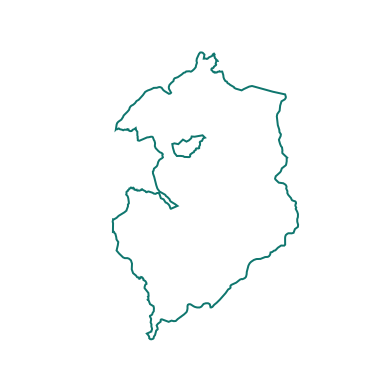 the district of Kambove, Katanga, Democratic Republic of the Congo, rotated 314°
{"feature_id": "63176286B84034630662614", "entity_name": "Kambove", "entity_type": "district", "adm_level": 2, "iso_a3": "COD", "parent_name": "Democratic Republic of the Congo", "parent_adm1": "Katanga", "projection": "albers", "projection_center": [26.544, -11.235], "detail": "fine", "context": "isolated", "style": "outline", "palette": "teal", "viewbox_px": 384, "rotation_deg": 314, "n_neighbors": 0, "source": "geoboundaries", "source_scale": "gbopen_adm2", "svg_char_len": 6055}
<svg xmlns="http://www.w3.org/2000/svg" viewBox="0 0 384 384"><g transform="rotate(314 192 192)"><path d="M269.4,103.0L264.7,102.0L261.7,100.5L260.3,100.7L258.9,101.6L256.0,101.3L253.4,101.4L251.5,102.3L250.9,102.9L250.2,103.8L248.9,108.0L247.9,108.0L246.6,107.2L245.5,102.1L245.4,100.3L245.9,97.7L245.2,96.0L244.1,95.1L242.5,94.3L240.4,92.2L237.2,91.1L234.2,89.6L231.5,88.8L227.6,89.4L221.3,89.6L218.9,88.9L216.4,89.3L214.0,89.1L211.8,88.4L210.6,88.4L209.5,88.6L207.5,89.6L205.0,89.8L200.2,89.7L199.2,89.8L198.1,90.3L195.0,90.9L191.3,90.2L189.6,90.3L188.2,90.9L184.1,93.8L184.4,93.8L185.5,94.8L186.4,94.9L186.9,95.2L187.0,96.4L188.3,98.6L188.6,99.6L189.9,100.1L191.5,101.9L192.3,101.8L192.9,102.8L192.3,103.5L192.8,105.2L193.9,106.2L195.5,106.1L197.4,106.9L198.9,107.1L197.7,108.8L197.4,110.8L194.8,113.3L193.9,114.8L193.1,115.2L192.5,116.2L191.6,117.0L191.6,117.5L192.4,118.6L200.1,121.8L201.4,122.9L203.3,124.1L204.0,124.9L204.2,125.8L202.9,128.5L202.7,129.5L201.5,131.5L199.2,133.4L198.3,135.4L198.1,139.3L198.3,141.5L199.0,143.0L198.9,144.7L198.3,144.8L197.6,145.4L196.7,147.0L195.6,147.0L193.3,146.4L192.1,146.3L190.0,146.9L187.6,148.3L186.8,148.6L185.9,148.8L182.4,148.4L180.5,149.6L179.6,149.6L178.2,151.1L176.6,154.3L172.0,161.7L170.4,164.8L169.8,168.3L171.3,174.3L171.3,175.3L171.0,176.1L171.3,177.9L171.2,181.0L170.5,182.1L170.4,183.4L171.5,188.2L171.9,191.2L165.3,188.5L165.2,188.0L166.6,185.1L166.8,183.3L166.6,181.3L166.1,180.3L167.0,176.7L165.9,173.9L167.6,170.7L168.1,169.5L168.0,168.7L167.1,167.6L165.4,167.1L164.4,165.8L164.0,164.0L162.2,160.4L161.1,159.7L160.4,159.6L160.0,158.9L160.2,158.0L159.4,155.4L159.3,154.1L158.5,153.8L158.1,154.1L157.5,153.8L156.3,153.1L156.0,152.4L155.3,152.1L154.7,150.8L155.1,150.5L154.0,149.5L153.7,148.9L154.3,147.8L154.2,146.8L153.4,146.9L153.1,146.5L153.1,145.6L152.8,145.0L151.9,145.1L151.1,144.5L150.2,144.9L149.0,144.7L148.2,145.1L147.4,144.8L146.4,144.9L145.5,145.9L144.4,146.5L144.4,147.9L144.1,149.0L143.1,150.7L140.8,153.6L139.9,154.5L138.5,154.6L137.2,155.9L133.7,157.4L133.1,157.8L130.4,157.5L123.9,155.8L121.0,155.7L117.9,154.8L117.6,154.2L115.5,155.6L114.7,156.9L108.4,162.8L109.1,163.2L109.1,163.7L108.6,164.7L108.7,165.9L107.0,168.7L105.4,170.7L104.8,173.7L102.2,175.6L97.5,178.4L97.1,182.2L97.1,187.9L97.8,189.7L99.6,191.5L100.3,193.1L100.4,195.6L98.8,198.6L94.5,202.4L92.7,206.0L93.0,209.8L92.6,211.7L92.7,212.1L93.6,213.1L92.9,214.2L93.2,214.6L94.6,214.7L95.5,214.4L95.9,215.1L96.0,215.7L95.6,216.9L95.8,217.1L95.4,218.0L95.0,218.3L95.5,220.3L95.1,222.0L94.3,223.1L93.3,222.8L92.4,223.0L90.7,223.9L89.9,224.7L89.1,230.7L87.0,233.1L86.1,233.0L85.6,234.2L84.7,235.0L83.8,234.8L83.6,235.2L84.0,235.9L82.2,239.7L83.1,243.7L82.0,245.3L79.7,247.3L77.3,247.8L76.3,248.4L75.5,248.4L73.8,247.8L73.3,248.1L72.3,250.8L69.4,252.9L68.7,254.7L67.1,256.1L66.0,258.1L65.1,258.9L64.0,259.1L63.4,259.7L58.8,257.9L58.6,260.4L57.9,262.1L57.1,262.8L57.1,264.1L57.7,265.0L58.9,265.8L60.0,266.0L61.6,265.0L63.4,264.8L67.5,262.5L69.3,262.7L70.2,261.8L71.5,259.2L73.5,259.0L76.9,259.5L78.3,258.3L78.9,258.3L79.5,258.8L82.4,265.4L85.2,266.6L86.5,268.7L87.9,269.9L90.8,270.0L98.3,271.3L101.7,271.5L103.3,270.9L105.1,269.7L106.8,268.0L108.0,267.4L109.0,267.7L109.9,268.5L110.3,269.4L110.9,272.5L111.4,274.0L112.5,275.9L114.2,277.7L116.1,278.4L119.5,278.1L121.5,279.2L123.1,280.8L123.6,282.4L123.2,283.5L121.9,285.5L122.3,286.0L123.5,286.5L126.2,286.3L129.5,286.7L133.8,286.8L142.7,286.4L147.0,285.7L148.7,286.2L149.9,286.2L151.1,284.9L152.5,284.8L157.6,286.8L162.4,287.4L163.8,288.1L164.3,288.8L165.6,289.4L166.9,289.8L168.0,289.8L168.6,289.7L170.7,288.5L172.6,286.9L178.3,283.7L180.8,283.0L182.9,283.0L186.1,283.7L188.5,284.9L191.4,287.7L196.0,289.8L198.0,291.6L199.4,292.0L201.2,291.7L203.1,290.5L204.6,291.4L206.6,291.7L208.0,292.5L211.6,292.5L215.4,293.3L217.5,295.6L218.8,295.6L223.6,290.9L224.8,290.0L226.2,289.4L228.2,289.6L229.3,290.0L231.6,292.5L233.2,293.4L236.8,291.8L240.5,292.4L241.4,291.7L242.2,291.0L243.7,288.4L245.6,286.5L247.5,285.6L249.7,283.6L250.9,281.4L251.9,278.3L253.1,277.9L253.9,275.9L255.2,274.9L255.9,274.9L256.8,273.9L257.0,272.9L255.6,269.9L255.7,269.0L256.4,267.5L256.8,263.2L257.4,261.4L258.9,260.0L259.9,257.4L261.5,256.3L262.0,255.3L262.2,254.1L261.7,251.6L259.0,247.9L259.0,243.2L259.4,242.4L261.5,241.3L267.4,241.7L268.9,241.4L271.4,240.2L276.4,240.9L277.5,240.4L280.0,238.7L282.0,236.7L282.8,236.7L282.7,230.1L283.6,229.0L284.5,228.4L286.6,225.8L286.8,224.2L287.8,221.9L289.4,219.1L290.0,218.2L293.8,216.9L295.3,215.8L295.8,213.4L297.5,211.4L299.7,207.3L305.3,200.5L307.3,199.2L311.3,198.6L315.4,195.4L319.4,193.4L323.0,194.4L324.4,194.2L325.5,193.6L326.9,191.2L320.3,180.5L310.1,161.8L309.6,161.3L307.5,159.9L302.1,157.8L299.6,157.1L296.8,151.8L296.3,150.2L296.6,149.2L295.5,144.8L295.5,143.5L295.0,142.0L295.6,140.4L295.0,139.0L295.6,136.6L296.4,135.0L297.9,133.2L299.6,130.1L298.0,128.5L297.9,127.8L297.2,127.7L296.2,126.9L295.1,126.8L294.5,125.8L293.9,125.7L293.8,124.8L293.4,124.8L293.1,123.3L293.4,122.2L293.3,121.1L294.1,120.5L294.7,120.4L295.9,121.1L296.7,121.1L297.3,120.7L299.8,121.1L300.1,120.7L300.5,120.7L300.8,119.8L302.9,118.7L303.5,118.7L304.1,119.3L304.3,118.7L303.7,117.6L304.3,116.6L304.3,115.3L305.1,114.2L305.2,113.4L306.6,112.8L306.8,111.7L305.4,111.4L304.5,111.8L303.7,111.9L300.6,110.7L298.7,110.6L298.0,110.2L297.6,109.2L296.1,107.8L299.5,105.5L299.6,103.1L299.2,102.1L298.1,101.0L296.2,101.1L291.2,102.9L289.4,104.2L288.4,105.8L286.0,106.9L284.3,108.0L281.8,108.2L279.2,108.0L277.8,107.6L277.0,106.2L274.7,104.1L273.3,104.0L271.9,103.2L269.4,103.0ZM212.8,144.5L214.8,145.6L216.9,148.9L223.4,149.1L224.4,153.0L226.9,153.9L230.1,154.1L231.7,153.2L233.6,155.5L240.1,160.2L240.1,163.6L238.8,162.9L237.8,162.9L235.8,163.7L234.0,162.9L233.2,163.0L232.6,164.0L231.4,165.1L229.8,165.5L228.5,166.7L228.0,166.5L226.3,164.8L225.6,164.9L224.9,165.5L223.2,165.1L221.9,165.7L220.8,165.2L217.7,164.7L216.2,166.0L215.1,165.7L211.9,162.1L211.7,160.9L210.1,158.8L207.4,156.1L207.9,152.2L210.6,147.5L212.8,144.5Z" fill="none" stroke="#0f766e" stroke-width="2"/></g></svg>